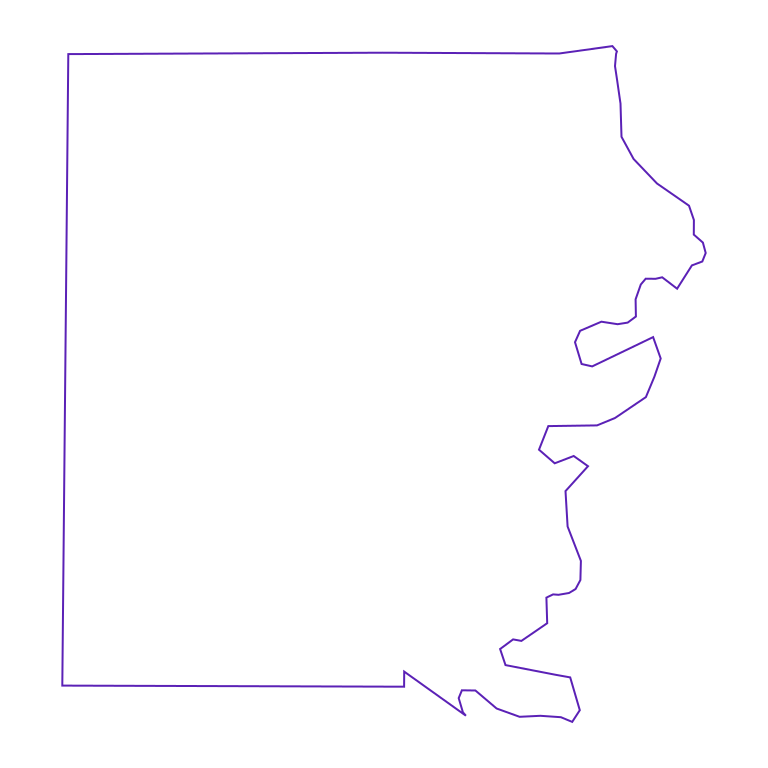 White, Illinois, United States of America (Mercator projection)
{"feature_id": "52423323B26696350989673", "entity_name": "White", "entity_type": "district", "adm_level": 2, "iso_a3": "USA", "parent_name": "United States of America", "parent_adm1": "Illinois", "projection": "mercator", "projection_center": [-88.022, 38.074], "detail": "fine", "context": "isolated", "style": "outline", "palette": "violet", "viewbox_px": 768, "rotation_deg": 0, "n_neighbors": 0, "source": "geoboundaries", "source_scale": "gbopen_adm2", "svg_char_len": 1028}
<svg xmlns="http://www.w3.org/2000/svg" viewBox="0 0 768 768"><path d="M382.7,52.7L68.3,54.1L62.3,685.6L404.1,686.7L404.2,671.6L465.9,715.7L462.9,712.3L458.7,698.1L461.9,690.3L475.4,690.5L496.6,708.5L519.6,716.8L540.4,715.8L560.9,717.2L572.2,721.9L579.8,710.2L570.2,677.4L555.7,674.8L505.5,665.1L500.1,649.0L513.1,639.4L521.4,640.9L547.2,623.2L546.4,597.6L553.1,594.4L558.5,594.8L569.0,593.0L575.6,589.0L580.4,580.0L580.9,560.9L567.6,526.5L565.5,491.1L588.0,466.2L573.7,456.0L554.7,463.3L539.0,449.7L548.3,426.1L597.0,425.4L615.0,418.0L645.9,397.1L654.4,376.7L660.7,358.5L653.1,337.1L592.2,366.4L581.6,364.0L575.0,342.2L580.1,330.8L601.4,321.7L617.6,324.2L627.7,322.6L635.9,316.5L635.6,299.3L640.8,284.5L645.7,278.7L655.6,278.8L662.2,277.3L677.1,288.7L691.9,265.4L702.3,261.5L705.7,253.0L702.9,242.6L693.8,234.6L693.9,220.0L689.0,205.7L657.0,183.5L633.6,159.0L621.5,136.8L620.5,103.5L620.0,100.2L617.2,80.7L615.0,66.1L616.1,53.8L616.9,51.4L612.4,46.1L559.2,53.5L382.7,52.7Z" fill="none" stroke="#5b21b6" stroke-width="2"/></svg>